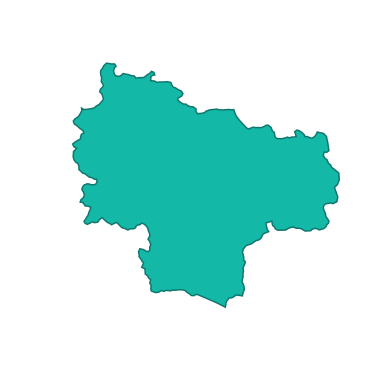 the district of Afonso Cláudio, Espírito Santo, Brazil, rotated 114°
{"feature_id": "56859067B17635890809013", "entity_name": "Afonso Cláudio", "entity_type": "district", "adm_level": 2, "iso_a3": "BRA", "parent_name": "Brazil", "parent_adm1": "Espírito Santo", "projection": "albers", "projection_center": [-41.127, -20.089], "detail": "fine", "context": "isolated", "style": "filled", "palette": "teal", "viewbox_px": 384, "rotation_deg": 114, "n_neighbors": 0, "source": "geoboundaries", "source_scale": "gbopen_adm2", "svg_char_len": 4721}
<svg xmlns="http://www.w3.org/2000/svg" viewBox="0 0 384 384"><g transform="rotate(114 192 192)"><path d="M86.6,91.7L85.0,95.8L85.8,99.2L86.2,101.9L89.2,102.0L91.1,102.4L94.1,104.2L94.5,106.8L94.4,109.1L95.5,111.2L94.1,112.6L92.9,115.8L92.4,119.2L92.7,121.3L95.2,122.7L97.2,120.8L99.0,119.3L100.4,121.3L101.2,123.3L103.0,125.0L103.0,127.0L104.7,128.9L106.7,131.5L107.5,133.4L108.7,136.2L107.7,138.7L105.7,140.0L104.0,141.3L103.4,143.6L100.9,145.9L99.9,149.6L101.0,151.5L102.8,152.7L105.2,155.1L106.2,157.8L107.3,160.0L107.7,162.1L109.4,164.1L111.5,165.8L111.2,168.5L110.3,170.5L109.1,173.5L107.3,177.6L105.2,181.5L103.4,183.9L101.6,185.6L99.7,187.4L100.9,189.1L101.5,191.6L103.0,194.5L104.3,196.8L105.7,200.1L106.2,203.1L107.5,205.3L109.4,208.6L110.9,210.5L112.7,212.2L114.5,212.9L116.2,215.1L118.2,218.9L116.8,221.1L114.4,222.2L113.8,225.6L114.7,228.4L114.8,231.0L114.2,233.4L115.2,235.5L114.9,238.4L114.0,242.1L112.1,243.1L110.4,241.7L108.4,240.4L105.6,240.4L104.1,243.0L104.2,246.4L103.6,249.2L103.8,251.9L102.6,253.8L100.5,255.8L101.3,259.5L103.1,262.7L104.4,265.8L106.1,268.7L105.9,271.5L107.2,275.0L105.3,275.7L103.1,276.4L101.3,275.3L100.2,273.6L98.2,275.5L98.3,278.1L100.9,278.9L103.3,280.7L106.7,282.3L108.3,285.0L109.3,287.4L110.9,289.6L109.5,291.7L110.4,294.7L110.6,298.0L111.4,301.0L111.8,303.1L113.9,303.9L115.8,305.3L116.6,307.2L116.8,309.5L114.9,311.8L113.2,312.9L110.3,313.4L108.0,312.5L106.5,314.8L107.8,317.6L108.5,320.6L109.2,322.6L112.7,324.0L115.4,324.0L118.2,324.8L120.4,324.0L122.5,322.7L124.0,321.2L126.1,320.4L128.1,319.8L129.4,317.7L131.0,316.0L133.0,316.5L135.5,317.5L138.0,317.0L139.1,314.2L141.6,311.9L143.5,310.5L146.6,311.5L149.8,312.4L152.4,314.4L154.8,315.4L156.3,317.1L157.6,319.1L159.2,321.5L160.7,324.7L160.3,327.0L162.6,325.7L165.4,325.9L168.7,326.3L170.8,327.3L172.9,328.7L175.5,329.3L177.7,327.3L178.3,323.9L179.5,320.4L179.9,317.9L180.8,315.8L182.6,314.9L184.2,316.5L186.6,316.3L188.8,315.5L191.4,317.4L193.5,318.9L196.7,320.5L198.6,318.5L199.0,315.4L201.0,315.8L203.1,316.7L205.1,316.0L208.3,314.8L210.7,312.8L212.1,310.2L212.3,308.0L214.4,305.9L217.6,304.3L218.3,301.7L219.2,299.7L218.9,297.0L219.6,294.4L220.2,291.8L219.6,289.2L220.0,286.2L219.2,284.3L221.3,282.9L224.1,283.1L225.7,285.3L226.4,287.4L226.8,290.6L229.3,293.3L231.9,294.0L234.4,293.7L236.3,291.0L238.7,289.0L241.5,289.0L244.3,290.3L246.7,290.0L245.9,287.8L247.1,285.6L248.2,283.9L247.1,280.9L247.3,278.1L249.5,277.9L252.6,277.9L255.4,277.5L257.6,277.9L260.2,278.2L262.8,278.7L264.0,277.0L264.2,274.6L262.3,272.8L259.8,271.1L259.7,268.6L257.9,265.9L254.9,265.3L251.9,263.7L253.0,261.0L254.2,257.0L254.2,254.6L254.6,252.1L252.4,250.4L250.4,248.3L251.8,245.0L253.1,241.4L252.7,238.5L252.8,235.1L250.4,233.1L249.7,230.8L247.7,229.0L245.3,229.2L244.0,227.7L242.9,226.1L241.0,225.5L240.7,223.0L241.6,220.2L242.5,218.3L244.2,216.9L246.1,215.1L247.4,213.7L249.1,212.7L251.0,212.9L253.1,212.9L254.2,210.8L256.7,208.3L259.8,208.1L262.1,207.0L264.1,207.4L264.8,209.9L264.3,212.7L265.1,216.6L268.6,216.5L270.5,214.9L272.7,214.0L273.9,211.7L275.6,209.4L276.5,207.4L278.7,207.3L281.3,207.3L281.2,203.8L284.1,202.3L286.0,201.3L286.6,198.5L288.2,196.7L288.9,194.1L292.4,193.5L294.2,191.1L297.1,190.4L299.0,188.9L298.9,186.6L298.7,184.3L297.2,181.8L294.4,179.7L294.2,177.3L292.8,176.0L291.8,174.1L291.0,171.2L289.4,169.8L288.7,167.6L287.6,165.8L286.4,163.7L285.3,161.1L284.8,158.3L285.8,155.4L286.0,153.2L286.8,150.6L285.9,148.0L284.1,146.9L283.4,145.0L283.2,131.4L283.2,123.8L283.7,114.8L281.8,115.1L279.5,115.9L276.6,115.8L273.5,114.8L272.6,112.8L270.6,111.1L268.3,110.1L267.2,106.8L266.4,103.7L263.2,104.4L260.1,104.5L257.2,106.0L255.3,107.8L253.8,109.8L251.2,110.4L248.1,111.1L246.5,112.1L243.8,112.6L240.4,114.6L237.6,114.5L235.7,114.5L233.8,115.1L233.2,117.2L230.8,118.0L228.8,119.5L226.7,121.3L223.2,121.9L218.8,120.7L216.9,118.6L215.2,116.6L212.7,115.2L210.5,113.8L208.6,111.5L206.5,110.3L204.1,110.0L201.8,110.1L199.9,108.7L198.5,107.3L197.0,105.8L195.7,107.9L193.8,109.4L192.1,110.8L190.1,111.8L188.1,109.4L186.1,107.2L187.9,106.1L189.8,104.7L190.2,102.8L191.8,100.8L192.0,98.1L190.4,94.5L188.6,90.9L186.4,89.5L184.2,87.4L182.8,85.0L182.7,82.0L181.6,79.4L181.1,77.2L181.5,74.6L181.6,72.6L180.3,70.2L179.1,67.8L177.2,67.1L175.5,65.2L174.6,62.8L175.0,60.6L173.6,58.7L171.8,56.7L169.2,55.5L166.9,55.5L165.1,54.7L163.0,55.0L161.5,57.0L159.7,60.0L157.8,61.0L155.9,63.0L153.8,65.2L151.0,66.2L148.3,65.0L146.8,62.6L145.5,60.7L145.4,58.7L144.0,57.4L142.0,55.7L137.3,56.8L129.8,63.8L126.3,62.2L124.1,62.3L121.2,62.4L119.0,63.4L114.9,65.7L112.5,74.9L110.9,76.3L110.3,79.0L107.7,81.6L107.0,84.5L105.2,87.0L101.8,87.5L100.9,85.1L98.6,83.7L91.2,88.4L88.7,90.3L86.6,91.7Z" fill="#14b8a6" stroke="#0f766e" stroke-width="1.5"/></g></svg>